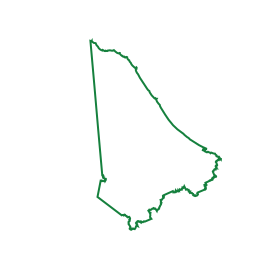 outline of East Gippsland, Victoria, Australia, rotated 238°
{"feature_id": "25037944B19226887893594", "entity_name": "East Gippsland", "entity_type": "district", "adm_level": 2, "iso_a3": "AUS", "parent_name": "Australia", "parent_adm1": "Victoria", "projection": "orthographic", "projection_center": [148.347, -37.346], "detail": "fine", "context": "isolated", "style": "outline", "palette": "green", "viewbox_px": 256, "rotation_deg": 238, "n_neighbors": 0, "source": "geoboundaries", "source_scale": "gbopen_adm2", "svg_char_len": 5534}
<svg xmlns="http://www.w3.org/2000/svg" viewBox="0 0 256 256"><g transform="rotate(238 128 128)"><path d="M180.3,121.2L142.7,102.0L101.7,81.2L101.2,81.9L100.9,81.9L100.7,81.2L99.9,80.9L99.6,81.1L99.6,80.9L99.3,80.9L99.1,80.7L98.8,80.9L98.6,80.8L98.4,81.1L97.1,81.2L97.1,81.6L96.8,81.6L96.6,82.0L96.1,81.5L95.9,81.6L95.8,81.4L96.0,81.4L95.6,80.6L95.3,80.8L95.1,80.4L95.5,80.5L95.6,79.9L96.1,78.8L96.7,78.5L97.0,78.1L96.6,78.1L96.7,77.8L97.2,77.5L97.2,77.3L97.5,77.3L97.4,76.8L97.6,76.7L85.7,65.6L57.3,76.4L57.3,76.8L56.9,77.7L56.2,78.0L56.5,78.5L56.4,79.2L55.9,79.5L55.4,79.4L54.5,79.7L54.2,80.2L53.4,80.1L52.5,80.3L52.3,81.2L52.0,81.3L52.0,81.9L51.6,82.0L50.3,81.9L49.7,81.4L49.6,80.9L49.4,81.0L49.0,80.4L48.5,80.4L48.1,79.9L48.2,79.1L48.2,78.9L47.3,78.2L46.8,78.2L46.3,77.6L43.7,77.7L43.0,77.4L42.6,77.6L42.1,77.4L41.9,76.9L41.9,76.2L41.6,76.0L40.6,76.3L40.0,76.8L40.0,77.9L40.3,78.2L40.2,79.0L39.9,79.2L39.5,79.2L39.3,79.6L38.7,80.1L39.2,81.3L40.4,82.8L40.3,83.8L39.7,84.2L40.5,84.3L41.1,84.6L41.4,84.2L41.9,84.6L42.3,84.3L43.2,84.4L43.5,85.1L43.3,85.6L43.8,86.2L43.6,86.7L43.8,87.1L43.5,87.5L42.9,87.4L42.6,87.6L42.5,87.9L42.1,88.2L42.4,88.7L42.4,88.9L42.1,89.1L41.4,88.9L41.4,89.6L40.9,89.5L41.0,89.8L40.2,90.8L40.5,91.8L40.2,92.4L39.7,92.6L38.6,99.5L38.9,99.4L39.0,99.6L39.7,99.6L40.0,99.3L40.6,99.5L41.5,100.0L42.0,100.6L43.6,101.4L43.9,101.4L43.9,101.6L44.4,101.6L44.5,101.9L44.8,101.6L45.4,101.7L45.9,101.4L47.1,101.5L47.1,101.8L47.2,102.1L47.0,102.3L47.3,102.7L46.9,103.0L47.2,102.9L47.2,103.3L46.5,103.8L46.6,105.7L46.7,105.8L46.5,106.6L46.6,107.2L45.9,107.6L45.5,107.5L45.4,108.0L45.5,108.2L45.2,108.5L42.3,108.5L42.9,109.2L42.8,109.5L43.0,109.7L43.1,110.1L42.9,110.9L43.4,111.6L43.3,111.8L44.2,112.5L44.4,113.3L45.2,114.2L45.4,114.9L45.9,115.7L46.9,116.0L46.9,116.8L48.2,116.9L48.8,117.4L49.7,117.5L49.6,118.1L49.2,118.8L49.8,119.9L49.8,120.3L50.0,120.4L50.1,121.3L50.0,121.5L50.8,122.0L51.4,121.4L52.0,121.7L52.1,122.2L51.7,122.9L52.0,123.1L50.7,132.6L49.4,132.3L49.2,133.0L48.8,133.6L48.6,133.6L48.5,133.9L48.7,134.0L48.7,134.4L49.0,134.4L49.4,134.9L49.0,134.8L48.8,135.0L48.9,135.3L48.7,135.3L48.8,135.5L48.3,135.5L48.2,136.0L48.5,136.7L48.4,136.6L48.5,136.9L48.1,137.0L48.6,137.5L48.0,137.5L47.6,137.8L47.9,137.9L47.9,138.2L47.5,138.1L47.8,138.3L47.8,138.9L48.2,139.3L47.8,139.4L47.8,139.8L47.5,139.7L47.7,139.9L47.6,140.1L47.8,140.2L47.8,140.9L47.5,141.1L47.8,141.3L47.8,141.7L48.0,141.4L48.2,141.8L48.3,142.2L48.2,142.5L48.3,142.6L48.3,143.1L48.6,143.1L48.5,143.3L48.6,143.9L48.3,143.8L48.5,144.4L48.2,144.6L48.4,144.8L44.9,144.5L44.8,145.7L44.1,145.9L43.5,146.6L43.0,146.2L42.8,146.5L42.2,146.4L41.9,146.1L41.5,146.7L41.3,146.2L40.6,146.1L40.7,146.5L40.6,146.8L40.2,146.5L39.9,146.6L39.3,147.1L39.0,147.8L38.2,147.8L37.6,148.3L36.7,148.0L36.4,147.7L35.4,148.3L35.5,149.1L34.8,149.1L34.8,149.4L34.5,149.5L34.4,150.2L34.2,150.4L34.3,150.8L34.2,151.2L34.7,152.2L35.1,152.3L35.8,152.0L36.4,152.7L35.2,159.9L35.0,160.2L34.9,160.6L35.9,161.1L36.0,161.7L36.3,161.9L35.6,162.1L35.8,162.3L36.9,162.2L37.1,162.5L37.4,162.3L38.0,162.5L38.4,162.3L38.9,162.9L39.2,162.8L39.2,163.1L38.9,163.2L37.8,164.1L37.3,164.3L40.5,164.7L39.9,169.2L40.2,169.3L40.2,169.7L39.8,169.7L39.7,170.0L40.0,170.4L39.6,171.3L39.9,171.6L39.5,172.1L39.9,172.4L39.7,172.7L39.9,173.0L40.3,173.0L40.2,173.6L40.3,173.3L40.6,173.4L40.9,173.2L41.0,173.4L40.5,174.3L40.9,174.7L40.4,174.9L40.4,175.2L40.8,175.3L40.9,175.1L41.0,175.7L40.6,175.5L40.5,175.8L40.8,175.7L41.0,176.0L40.5,176.1L40.5,176.5L40.1,176.7L40.2,177.0L40.8,177.1L42.8,176.3L46.0,176.8L46.1,177.2L46.4,177.4L46.3,178.0L46.7,178.3L46.9,179.2L47.1,179.4L47.0,179.9L46.7,180.1L46.9,180.2L46.7,180.6L47.0,181.0L46.9,181.2L47.1,181.1L47.5,181.6L47.4,182.1L47.9,182.3L48.8,181.9L49.3,182.2L49.4,182.5L49.1,182.7L49.3,183.0L49.1,183.8L49.3,184.0L50.3,184.1L51.2,184.5L52.5,184.4L53.0,184.8L53.2,185.7L52.9,186.1L52.9,186.4L53.2,186.7L53.3,187.3L53.3,187.6L52.9,187.9L53.4,188.3L52.7,188.6L52.6,189.2L52.8,189.6L52.7,189.7L52.8,189.6L52.8,189.8L52.0,190.0L52.5,190.4L53.4,189.8L53.9,189.9L54.5,189.5L54.8,189.9L55.5,189.9L56.1,188.8L57.1,188.1L57.7,188.6L58.3,188.5L58.9,188.1L60.1,188.2L61.3,186.8L62.9,185.7L62.9,184.6L63.6,184.6L64.6,183.7L65.5,183.2L65.5,182.1L66.1,181.6L67.6,181.0L67.7,180.7L68.2,180.7L69.5,179.7L70.1,180.4L70.3,181.0L69.9,181.4L68.7,182.0L68.8,182.2L68.6,183.0L69.1,183.4L72.2,181.3L75.9,179.1L85.5,174.5L87.4,174.1L89.0,173.3L92.3,172.2L93.5,172.0L100.7,169.2L106.4,167.7L113.5,166.8L119.7,166.6L127.9,166.6L129.8,166.8L130.8,167.2L132.4,166.8L135.0,166.6L136.9,166.9L137.5,167.2L137.5,167.6L137.6,167.8L138.1,167.1L138.7,167.0L138.6,166.5L139.1,166.2L143.1,165.4L146.6,165.3L148.1,165.7L149.2,165.2L151.0,165.0L164.2,164.7L168.3,165.0L170.2,164.8L172.5,165.1L173.8,165.8L173.9,166.1L173.7,166.6L174.4,167.1L174.7,166.5L175.0,166.7L175.0,166.2L175.5,165.7L178.8,164.8L180.5,164.7L181.8,164.9L183.5,164.6L184.8,164.9L185.4,164.5L186.9,164.3L187.7,164.4L188.5,164.8L189.2,164.2L189.4,163.2L189.3,162.9L190.0,162.5L190.6,162.6L190.8,162.3L190.7,162.1L191.2,161.6L192.0,161.3L192.3,161.4L192.6,161.0L194.0,160.6L195.4,160.4L196.0,160.8L196.1,160.7L196.3,159.5L197.4,158.6L199.5,157.8L201.5,157.3L201.5,156.4L201.8,156.1L201.9,155.5L203.5,153.8L204.4,151.8L204.2,151.5L204.3,151.1L205.0,150.2L205.3,150.1L205.2,149.7L205.5,149.4L205.7,148.9L207.6,147.9L207.3,147.3L208.2,146.6L209.6,145.9L211.2,145.5L212.9,145.6L214.9,145.2L217.1,145.5L218.3,144.1L220.6,143.2L221.0,143.4L220.9,143.2L221.1,142.9L221.8,142.3L180.3,121.2Z" fill="none" stroke="#15803d" stroke-width="2"/></g></svg>